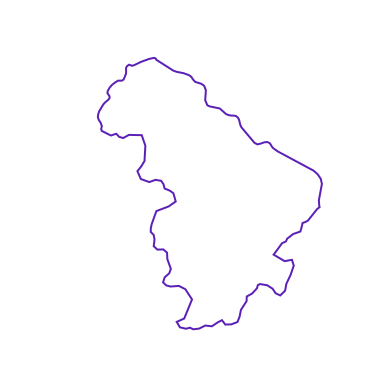 an SVG outline of Kardzhali, rotated 226°
{"feature_id": "BGR-2237", "entity_name": "Kardzhali", "entity_type": "Province", "adm_level": 1, "iso_a3": "BGR", "parent_name": "Bulgaria", "parent_adm1": "", "projection": "orthographic", "projection_center": [25.602, 41.573], "detail": "fine", "context": "isolated", "style": "outline", "palette": "violet", "viewbox_px": 384, "rotation_deg": 226, "n_neighbors": 0, "source": "natural_earth", "source_scale": "10m", "svg_char_len": 2025}
<svg xmlns="http://www.w3.org/2000/svg" viewBox="0 0 384 384"><g transform="rotate(226 192 192)"><path d="M300.3,170.3L302.0,172.9L305.3,174.4L308.5,175.0L311.2,176.2L313.1,178.6L314.5,181.2L316.6,189.0L316.8,191.3L316.5,196.1L316.9,198.1L318.2,199.2L321.8,199.8L323.1,201.3L324.3,205.3L324.6,208.8L324.3,212.2L323.5,216.1L320.8,218.9L320.4,221.0L322.8,226.4L323.8,227.7L327.0,230.7L327.7,232.6L327.3,235.1L326.2,235.8L324.7,236.3L323.5,238.2L321.0,245.8L317.5,253.6L314.9,257.8L313.5,258.6L311.8,258.2L292.2,262.9L289.2,264.4L283.1,268.6L277.9,271.1L275.3,271.5L272.3,270.9L269.0,270.8L263.3,273.9L260.0,274.5L255.6,272.7L248.8,265.2L243.7,263.3L241.3,264.2L232.8,270.0L224.8,270.6L222.2,271.5L219.4,273.6L217.7,275.3L216.2,276.4L213.6,276.7L211.4,276.1L206.6,273.3L204.3,272.5L184.0,271.1L180.9,272.1L179.1,275.0L177.6,278.4L175.6,280.9L173.3,281.8L171.5,281.6L169.7,281.1L167.4,280.8L161.5,281.9L122.8,294.3L117.4,294.7L112.1,293.8L107.6,291.1L97.9,277.5L93.5,273.8L92.5,273.3L92.8,270.0L90.9,255.6L91.7,252.6L92.9,250.0L90.4,246.2L88.3,242.5L91.5,235.6L92.3,228.1L91.2,225.2L92.6,221.3L90.2,207.2L77.9,210.6L73.8,216.8L68.4,214.1L63.9,205.4L60.4,196.1L56.3,190.4L56.3,183.6L61.2,181.8L66.4,182.8L72.7,181.3L78.5,177.0L79.3,174.7L77.6,171.8L77.2,164.7L78.8,158.8L75.6,155.5L73.2,145.3L69.3,139.7L66.9,134.4L69.5,128.3L73.5,123.9L79.0,124.5L80.4,119.7L81.6,113.0L86.7,108.8L88.8,102.2L92.4,97.5L95.8,96.3L97.8,92.7L103.1,89.3L109.2,90.8L106.4,98.5L114.7,117.4L126.7,119.7L133.6,117.3L138.9,110.9L142.7,108.6L147.1,108.4L149.6,113.1L149.3,119.1L151.4,123.4L160.8,127.6L165.7,131.9L170.6,131.5L174.6,127.1L179.6,126.8L183.8,132.0L187.7,134.6L191.9,134.6L194.5,137.1L197.0,140.9L203.0,153.1L197.8,165.3L196.5,173.7L204.1,177.8L208.6,176.9L213.5,174.7L217.4,176.9L221.4,177.6L226.1,174.2L228.8,168.2L236.9,164.2L244.9,167.2L245.7,173.4L247.3,179.4L257.7,190.6L267.8,195.3L276.9,186.3L278.6,180.0L282.3,177.9L286.5,178.0L289.0,172.9L298.7,169.5L300.2,170.3L300.3,170.3Z" fill="none" stroke="#5b21b6" stroke-width="2"/></g></svg>